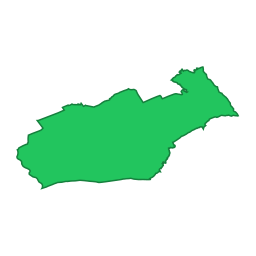 Rediu, Neamt, Romania, rotated 183°
{"feature_id": "2599482B4557605097369", "entity_name": "Rediu", "entity_type": "district", "adm_level": 2, "iso_a3": "ROU", "parent_name": "Romania", "parent_adm1": "Neamt", "projection": "robinson", "projection_center": [26.525, 46.746], "detail": "fine", "context": "isolated", "style": "filled", "palette": "green", "viewbox_px": 256, "rotation_deg": 183, "n_neighbors": 0, "source": "geoboundaries", "source_scale": "gbopen_adm2", "svg_char_len": 5546}
<svg xmlns="http://www.w3.org/2000/svg" viewBox="0 0 256 256"><g transform="rotate(183 128 128)"><path d="M218.0,130.8L219.0,130.7L213.7,124.4L212.9,123.4L214.3,121.7L215.9,120.7L223.2,117.5L227.1,115.6L227.0,114.7L227.2,114.1L227.2,111.9L226.9,108.2L227.5,107.7L227.5,106.8L228.2,106.4L228.9,106.3L231.9,104.8L235.9,102.4L236.5,101.0L237.4,100.5L236.7,98.9L236.5,97.0L236.8,95.0L237.4,93.6L237.3,92.8L236.9,91.9L236.1,91.3L233.9,90.3L232.8,89.3L232.4,88.5L232.3,87.1L232.0,86.1L230.7,84.2L229.7,83.6L228.3,82.9L226.9,82.5L225.1,81.7L224.4,81.3L223.9,80.8L223.5,80.1L223.5,79.5L223.7,79.0L224.2,78.5L224.3,77.1L224.1,76.5L220.3,74.2L217.4,73.7L216.6,73.2L215.7,72.3L215.4,71.6L214.1,69.5L211.4,68.0L210.7,67.0L210.3,65.9L210.4,64.0L210.8,63.2L206.3,64.9L204.9,65.7L200.3,67.7L199.2,68.3L196.5,69.4L195.5,69.9L191.3,70.4L187.4,71.4L185.4,71.5L182.2,72.1L177.9,72.5L173.3,73.3L168.9,73.2L162.6,72.8L161.1,72.8L157.1,72.6L154.5,72.1L153.1,72.2L147.4,73.2L132.2,76.2L129.9,76.9L129.7,76.8L127.0,77.3L124.2,77.6L122.9,77.9L122.4,77.9L119.5,77.3L114.7,77.1L110.2,77.4L105.5,77.5L103.2,77.7L103.0,77.8L103.1,78.3L103.6,78.7L100.9,80.3L99.7,81.3L99.5,81.6L99.4,81.9L99.0,82.2L98.2,83.4L97.9,84.2L97.0,84.3L96.1,84.9L95.8,85.3L94.5,86.3L93.7,86.0L93.4,86.0L93.9,86.7L93.9,87.0L94.4,87.2L94.5,87.8L94.5,88.3L94.4,88.6L94.2,88.8L93.6,89.0L93.1,89.9L92.9,89.9L92.7,89.6L92.2,90.5L91.9,90.7L91.8,91.0L91.6,91.6L91.4,92.1L90.8,92.3L91.0,93.1L91.4,93.8L91.7,94.0L90.9,94.3L90.9,94.5L91.3,94.8L91.5,95.2L91.3,95.7L91.1,95.9L90.6,95.9L90.5,95.4L89.4,94.9L88.6,94.9L88.4,95.1L88.9,95.5L88.6,96.3L88.9,96.9L88.8,97.1L88.4,97.4L88.3,97.9L87.9,98.3L88.1,98.4L88.0,98.6L87.6,98.8L87.2,99.1L87.3,99.3L87.4,99.9L86.9,100.0L87.0,100.5L86.9,100.7L85.9,101.6L86.0,101.9L85.8,102.1L85.8,102.3L85.6,102.8L85.3,103.0L85.4,103.6L85.2,103.9L85.0,104.5L84.9,105.3L85.0,106.0L85.4,106.2L85.4,106.8L85.7,107.4L85.6,107.8L86.4,109.1L86.4,109.9L85.9,109.7L85.5,109.9L85.3,110.3L84.6,110.4L84.7,110.7L84.5,110.8L82.7,110.4L82.4,110.7L81.9,110.6L81.4,110.8L81.2,111.2L80.8,111.0L80.5,111.2L80.1,111.7L80.0,112.3L80.1,112.6L80.1,112.8L80.5,113.3L81.1,113.2L82.3,115.3L82.6,116.0L82.1,116.1L76.8,120.0L75.0,121.5L74.5,122.3L74.2,122.6L73.5,122.7L72.2,123.3L69.7,124.8L67.4,126.6L66.7,126.8L65.4,127.6L64.1,128.8L62.4,129.6L62.0,129.9L61.8,129.9L61.7,130.1L60.7,130.6L60.3,130.7L60.1,130.9L60.0,131.1L59.4,131.4L59.0,131.3L57.5,132.1L57.2,132.1L57.0,132.3L56.5,132.3L56.0,133.0L54.6,132.9L54.2,133.1L52.7,130.9L52.5,132.1L52.3,132.4L51.9,133.5L50.9,134.1L50.5,134.5L50.9,134.8L51.3,135.4L51.2,136.6L50.2,137.4L49.5,138.4L49.1,138.6L49.0,138.8L48.8,139.2L47.9,139.4L47.6,139.7L47.3,141.0L46.5,141.4L46.4,141.6L41.6,143.7L39.8,143.3L38.3,143.9L36.0,145.3L35.1,145.6L33.2,145.4L31.4,145.3L30.0,145.8L29.1,145.8L28.3,146.2L26.4,145.5L25.2,145.3L23.6,146.2L21.6,145.9L19.9,145.9L19.1,145.8L18.6,146.0L19.5,147.6L21.1,149.3L21.7,149.7L23.0,150.2L23.5,150.6L23.7,151.3L23.5,152.5L25.3,154.6L26.0,155.1L26.5,155.7L27.0,156.8L27.2,158.2L28.9,160.2L30.3,162.3L31.2,163.1L31.6,163.7L32.6,164.3L35.3,166.4L36.1,167.6L37.5,167.9L39.2,168.9L39.4,169.7L40.5,172.2L40.7,173.5L40.9,173.8L42.4,174.0L44.1,175.2L44.5,175.7L45.0,176.5L45.7,177.3L45.9,177.9L46.9,178.6L47.7,179.8L48.7,180.6L50.4,180.9L50.8,181.1L51.7,182.6L52.3,184.3L52.5,185.5L52.7,185.8L53.6,186.2L54.2,187.0L55.0,187.7L55.8,188.6L55.8,190.1L56.2,192.4L56.3,192.8L56.8,192.8L58.6,192.1L58.9,191.8L59.2,191.8L59.5,191.4L60.4,191.2L62.4,191.4L62.6,191.3L62.6,191.1L62.4,190.4L62.0,190.1L63.5,189.5L64.0,189.5L64.3,189.7L65.1,189.2L65.0,188.7L64.4,188.4L64.7,188.2L64.5,187.8L64.8,187.3L64.4,186.9L64.5,186.7L65.2,186.5L65.6,186.7L66.2,186.6L67.1,187.0L67.8,187.0L68.6,187.4L69.2,187.5L70.1,187.9L70.9,188.6L72.1,188.8L72.2,189.0L73.7,188.4L74.0,188.5L74.7,188.5L75.6,187.7L76.2,188.4L76.6,188.4L77.0,188.2L77.5,188.3L76.7,189.2L76.8,189.5L77.3,189.5L77.7,188.7L78.1,188.3L77.9,188.3L78.1,188.0L78.1,187.6L78.3,187.5L78.6,187.6L78.7,187.4L79.1,187.5L79.2,187.1L79.8,187.3L79.4,186.9L79.8,186.5L79.7,186.2L78.3,186.0L77.9,185.5L78.2,185.4L79.9,183.9L80.6,183.8L81.3,183.9L81.9,183.6L82.0,183.5L82.0,183.1L82.4,182.8L82.8,182.7L84.0,181.0L85.0,180.7L85.3,180.5L85.7,179.9L86.2,179.6L86.4,178.9L87.2,178.2L86.8,178.1L86.5,178.2L86.2,177.9L85.9,177.9L86.1,177.5L84.9,176.6L84.3,176.6L83.8,176.3L82.8,176.3L82.2,176.0L81.2,175.8L80.7,174.8L80.3,174.5L79.3,174.3L78.9,174.5L78.6,174.5L78.3,173.6L77.7,173.5L77.5,172.9L76.6,172.2L76.4,171.6L75.9,171.5L75.6,171.0L73.4,169.9L73.0,169.5L72.2,169.4L71.8,169.4L71.4,169.0L71.9,168.3L72.1,167.6L70.6,167.1L71.3,166.6L72.4,167.3L73.9,167.7L74.1,168.3L74.0,168.6L75.1,169.1L75.8,168.7L76.8,167.3L76.8,167.0L75.9,165.9L75.8,165.2L75.5,164.6L75.5,164.4L75.9,164.2L76.6,164.0L78.1,164.3L79.6,164.4L80.7,164.6L81.8,164.7L82.6,164.6L83.9,164.2L89.6,161.7L95.2,159.0L95.4,159.1L96.8,161.4L97.8,162.1L100.7,160.9L106.0,158.4L114.2,154.2L120.0,162.2L121.4,164.8L121.5,165.3L122.2,166.0L123.6,166.7L124.4,166.8L125.2,166.6L126.8,166.4L128.1,166.5L129.7,167.2L130.1,166.7L131.0,166.2L133.6,165.2L138.2,163.1L138.8,162.6L139.5,162.2L142.7,161.0L144.0,159.9L144.7,158.8L145.8,158.2L146.5,157.1L147.9,156.3L147.6,155.5L147.7,155.3L148.7,154.7L150.7,154.2L151.3,153.9L152.4,153.7L154.7,152.2L155.5,151.6L155.7,151.3L158.3,149.4L162.5,147.5L162.9,147.1L171.1,148.2L171.7,148.5L172.7,147.7L173.6,147.3L176.1,150.2L176.6,148.8L178.0,149.1L177.6,148.7L184.2,148.5L185.2,149.0L187.1,147.7L188.9,147.3L189.1,147.7L194.5,145.1L192.6,142.5L198.5,139.5L218.0,130.8Z" fill="#22c55e" stroke="#15803d" stroke-width="1.5"/></g></svg>